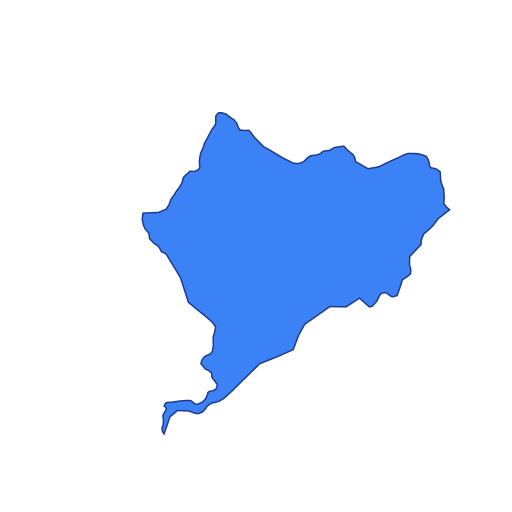 Nagha Boguila, Ouham, Central African Republic (Natural Earth projection), rotated 225°
{"feature_id": "33826404B99967621035211", "entity_name": "Nagha Boguila", "entity_type": "district", "adm_level": 2, "iso_a3": "CAF", "parent_name": "Central African Republic", "parent_adm1": "Ouham", "projection": "natural_earth1", "projection_center": [16.914, 7.123], "detail": "fine", "context": "isolated", "style": "filled", "palette": "blue", "viewbox_px": 512, "rotation_deg": 225, "n_neighbors": 0, "source": "geoboundaries", "source_scale": "gbopen_adm2", "svg_char_len": 2612}
<svg xmlns="http://www.w3.org/2000/svg" viewBox="0 0 512 512"><g transform="rotate(225 256 256)"><path d="M151.8,425.6L156.5,425.2L160.4,425.9L163.1,429.2L165.7,431.7L170.6,436.0L175.4,438.1L178.8,440.0L184.0,444.6L185.4,445.8L190.4,444.9L195.0,441.9L197.4,442.7L199.6,444.5L202.9,446.1L206.2,446.8L210.3,444.9L214.2,442.5L217.9,439.1L220.9,436.1L223.0,432.1L224.4,427.5L229.1,415.2L231.8,406.9L233.3,404.3L238.5,396.9L252.2,393.2L256.1,395.5L259.2,396.3L265.4,395.6L271.6,395.8L277.4,388.0L278.4,383.1L282.5,377.7L282.9,374.0L284.1,370.9L288.3,365.5L289.0,362.0L289.0,356.1L291.6,351.0L295.3,348.0L306.4,344.3L312.4,342.8L322.8,340.2L327.5,338.7L335.8,338.7L341.2,338.8L346.3,339.6L350.0,339.8L352.6,336.8L356.6,333.7L359.7,334.5L363.1,336.1L367.5,336.7L373.8,335.6L377.8,335.1L382.0,332.7L383.8,330.6L383.5,326.8L381.7,324.7L378.4,321.6L377.2,318.8L376.6,314.3L374.8,308.1L373.6,304.6L372.2,299.4L369.8,294.9L367.7,289.3L365.0,285.5L363.2,283.1L358.4,278.9L357.8,276.5L359.0,272.7L362.6,269.2L362.9,263.3L362.9,260.2L359.9,255.0L358.7,250.5L358.4,247.3L356.9,240.1L356.3,236.2L353.6,230.4L352.7,225.5L355.7,217.9L366.2,206.4L364.1,203.6L362.0,201.2L357.2,198.1L353.3,196.7L347.9,196.4L346.4,195.3L343.4,192.9L336.6,192.9L332.4,193.9L329.1,193.2L326.1,192.2L321.0,193.9L294.1,187.3L271.1,175.5L258.5,176.6L249.9,177.6L240.3,178.3L234.3,177.3L231.0,172.1L228.9,168.3L223.0,162.7L219.4,157.8L219.1,155.1L219.7,153.0L220.9,149.9L221.2,147.4L220.6,144.0L218.8,140.9L215.3,140.6L212.3,140.3L209.8,141.1L207.8,141.6L206.0,141.7L204.4,141.9L202.3,139.6L199.8,138.7L196.8,138.5L194.6,138.0L192.9,137.9L191.3,136.3L190.2,133.6L191.2,130.1L193.2,127.4L193.5,125.5L192.4,123.8L191.2,120.8L190.6,118.8L190.6,115.3L191.7,111.6L192.4,109.9L194.4,108.3L196.8,108.0L199.8,107.6L201.5,106.2L204.3,103.2L207.7,99.1L209.9,96.1L212.5,92.6L214.7,90.3L215.9,88.4L214.9,85.0L213.8,85.2L211.3,84.7L209.0,77.3L205.9,74.9L203.3,72.2L201.5,69.7L201.0,68.0L198.1,65.8L195.2,65.2L203.2,81.5L202.6,86.0L202.3,91.2L194.0,98.9L188.0,101.6L185.3,103.7L183.5,108.2L183.8,113.4L184.4,115.2L183.8,119.0L182.6,122.1L181.1,123.9L179.3,127.7L178.1,132.2L177.5,144.0L177.5,156.1L177.2,182.5L169.5,200.5L163.5,216.1L169.8,230.0L173.3,242.1L168.0,272.5L156.3,283.8L153.0,299.4L140.1,300.1L138.4,302.2L138.4,305.3L138.6,309.4L139.5,311.9L140.7,315.7L141.0,318.5L138.3,321.9L132.1,323.0L130.6,323.7L128.2,327.8L133.3,338.2L135.7,342.7L134.5,347.9L134.2,352.5L136.6,355.6L141.3,358.4L144.3,361.5L147.0,364.3L147.3,380.6L150.3,384.0L153.0,389.9L152.4,397.9L152.4,402.8L153.6,411.4L151.8,425.6Z" fill="#3b82f6" stroke="#1e3a8a" stroke-width="1.5"/></g></svg>